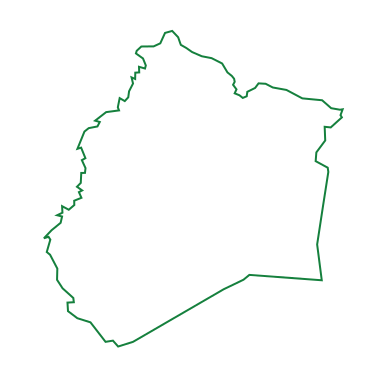 Yona, Guam (Albers equal-area conic projection), rotated 274°
{"feature_id": "77769853B72833595516841", "entity_name": "Yona", "entity_type": "district", "adm_level": 2, "iso_a3": "GUM", "parent_name": "Guam", "parent_adm1": "", "projection": "albers", "projection_center": [144.756, 13.405], "detail": "fine", "context": "isolated", "style": "outline", "palette": "green", "viewbox_px": 384, "rotation_deg": 274, "n_neighbors": 0, "source": "geoboundaries", "source_scale": "gbopen_adm2", "svg_char_len": 1493}
<svg xmlns="http://www.w3.org/2000/svg" viewBox="0 0 384 384"><g transform="rotate(274 192 192)"><path d="M285.0,336.5L284.4,333.9L285.3,325.0L292.6,315.4L293.1,295.5L300.4,279.1L301.9,265.3L305.1,257.9L305.0,250.8L300.2,247.7L295.8,240.2L291.3,239.9L289.4,236.1L291.8,232.6L293.4,227.7L297.5,229.2L301.8,225.5L304.9,226.9L307.9,226.1L310.5,223.7L313.8,219.0L322.3,213.1L326.9,202.2L328.1,192.3L331.6,182.4L331.7,182.2L335.3,176.2L338.0,170.6L338.7,170.3L339.3,170.0L345.4,167.4L351.3,161.0L348.8,154.0L338.1,150.0L334.6,143.6L333.6,131.3L329.0,127.0L326.3,126.4L321.8,133.8L315.0,137.1L311.9,136.5L313.2,130.4L307.6,131.0L307.1,127.1L300.8,127.4L302.1,123.7L296.1,125.6L288.1,122.2L282.0,121.8L278.0,118.6L280.6,113.3L271.3,112.1L268.3,113.5L265.7,100.8L256.4,90.4L255.4,95.1L250.8,93.1L248.5,84.5L244.8,80.5L227.1,74.7L228.5,78.3L218.3,83.3L216.1,79.9L208.4,84.1L203.6,83.9L203.3,80.2L193.3,80.4L189.2,76.9L185.9,82.3L184.0,79.2L178.5,82.1L175.1,75.1L170.8,75.5L165.7,70.3L168.8,63.4L162.3,64.2L159.4,59.1L158.5,64.1L152.1,63.1L144.1,54.6L135.5,47.5L137.3,52.0L134.6,54.0L122.0,51.3L119.5,54.8L106.2,63.0L95.0,63.5L86.9,69.6L78.0,81.0L73.8,81.8L73.0,75.5L64.5,76.6L58.1,86.4L54.9,99.8L36.5,116.2L38.2,123.5L32.7,129.1L38.4,143.6L97.2,230.4L108.1,249.5L113.3,255.0L113.0,327.6L148.4,320.5L187.5,323.7L221.5,326.6L225.7,325.7L229.5,317.4L231.4,313.2L240.2,313.3L252.7,321.3L266.3,319.8L266.1,325.9L276.9,336.3L279.0,334.8L285.0,336.5Z" fill="none" stroke="#15803d" stroke-width="2"/></g></svg>